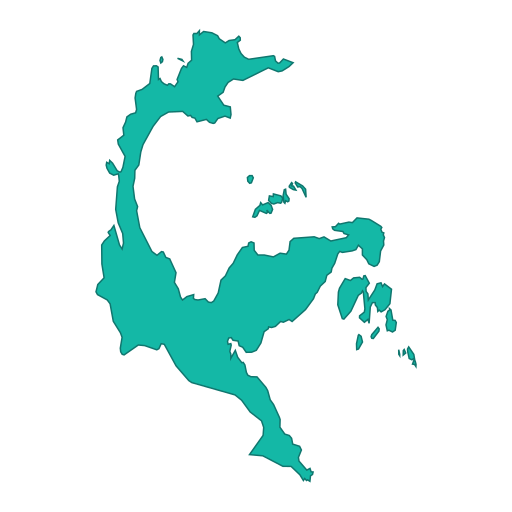 an SVG outline of Sulawesi Tengah
{"feature_id": "IDN-557", "entity_name": "Sulawesi Tengah", "entity_type": "Province", "adm_level": 1, "iso_a3": "IDN", "parent_name": "Indonesia", "parent_adm1": "", "projection": "equal_earth", "projection_center": [121.786, -0.946], "detail": "fine", "context": "isolated", "style": "filled", "palette": "teal", "viewbox_px": 512, "rotation_deg": 0, "n_neighbors": 0, "source": "natural_earth", "source_scale": "10m", "svg_char_len": 6071}
<svg xmlns="http://www.w3.org/2000/svg" viewBox="0 0 512 512"><path d="M230.2,118.1L225.0,116.1L217.9,118.5L214.7,123.0L213.2,123.4L209.5,122.3L206.4,119.4L197.0,121.8L194.9,118.1L192.1,117.4L190.6,115.4L187.9,116.0L182.7,111.4L168.6,112.0L160.6,116.5L153.1,126.3L143.0,144.6L140.8,151.9L138.8,165.0L134.9,170.3L134.7,178.3L133.0,186.3L134.6,199.0L137.6,206.6L136.6,210.7L139.8,227.7L151.9,251.5L157.0,255.3L161.5,251.6L163.3,252.0L165.8,257.4L169.7,258.9L176.0,272.7L174.4,282.4L178.3,288.8L180.5,297.0L182.5,300.0L186.9,296.6L193.7,294.6L193.4,298.3L194.7,299.5L198.0,300.0L205.1,298.7L208.4,302.1L211.3,302.6L213.7,301.1L218.2,293.0L221.0,280.1L225.4,275.9L229.2,267.9L233.2,263.3L237.3,254.8L242.4,247.5L248.0,246.3L248.7,243.0L251.1,241.8L254.0,243.0L254.2,250.3L257.9,255.0L264.2,255.0L273.4,256.9L280.1,253.2L286.4,254.1L289.0,250.2L290.1,241.6L293.8,238.3L314.2,236.8L319.2,238.6L324.0,236.9L330.8,241.0L346.3,237.7L348.6,234.9L344.0,233.5L342.9,231.5L334.5,230.3L332.7,228.8L332.2,226.9L335.4,226.7L338.6,223.3L339.7,224.1L348.9,222.1L352.4,222.6L357.0,217.9L368.9,219.2L371.4,220.5L380.8,226.3L381.8,227.5L380.8,229.2L382.0,232.2L383.8,232.9L383.3,234.9L384.5,237.6L383.5,241.0L383.8,245.0L380.6,251.0L379.3,261.7L377.1,265.2L374.1,266.4L368.8,263.8L366.8,259.7L362.4,255.0L362.4,248.9L358.4,245.2L355.9,249.6L352.1,250.9L342.4,252.4L339.7,251.4L337.8,253.9L334.7,263.3L331.9,268.2L331.2,272.0L326.8,275.3L325.2,281.5L320.3,286.1L317.2,292.3L315.3,294.0L313.5,298.7L305.5,309.6L292.1,321.5L289.1,319.5L283.4,322.2L280.6,321.5L275.4,326.4L271.6,327.5L268.6,326.9L268.3,328.7L264.1,331.7L260.9,343.0L256.3,350.3L251.7,352.2L246.2,352.3L242.7,347.2L239.2,345.7L238.1,341.0L233.0,340.3L231.3,337.6L228.7,338.0L227.5,341.3L228.1,344.3L230.8,343.6L231.2,345.1L229.8,351.4L230.8,354.0L230.8,358.4L235.3,350.4L237.7,357.3L241.8,362.7L243.2,362.4L244.9,365.0L246.4,372.4L247.8,375.2L250.9,376.7L257.0,376.9L265.9,387.4L267.7,390.7L270.2,399.8L273.6,404.6L279.4,417.4L280.1,419.5L279.9,427.2L284.8,434.1L289.3,435.5L291.6,438.3L292.7,444.1L299.6,446.3L301.4,450.0L298.4,457.4L299.0,461.1L306.8,470.1L310.0,468.4L311.1,471.8L313.1,472.0L312.5,474.5L310.5,475.8L309.9,481.3L307.5,479.8L306.5,480.5L304.7,478.5L303.4,480.5L299.9,474.8L291.1,466.4L282.9,466.3L262.8,455.8L249.5,454.6L263.1,435.4L263.7,427.4L261.5,420.8L250.2,412.0L241.6,400.2L235.0,394.9L191.8,382.6L188.8,380.6L176.1,365.9L164.3,344.3L161.2,343.7L158.9,348.7L156.8,349.8L144.7,345.6L138.3,345.0L124.1,354.9L122.2,354.3L120.7,351.8L120.3,348.2L122.1,337.3L120.4,332.7L113.3,321.3L110.1,303.8L107.2,299.9L97.5,294.6L96.0,291.8L97.8,284.5L104.1,277.8L101.9,264.0L101.7,245.0L104.4,240.9L110.2,235.5L108.2,232.5L108.5,231.6L110.9,229.9L113.9,225.5L119.5,245.0L122.1,249.0L123.5,243.1L122.7,233.5L118.2,222.8L115.7,209.4L117.4,186.8L119.3,181.3L118.7,175.5L118.2,173.8L113.7,175.2L109.7,173.1L107.0,168.3L106.2,165.1L106.7,162.3L109.2,163.7L109.7,160.4L112.6,163.2L117.2,170.8L119.9,172.2L121.1,171.6L122.9,167.4L125.1,156.4L118.3,144.1L117.7,139.9L123.8,135.2L123.0,127.7L125.6,122.1L126.9,116.9L130.7,114.2L135.6,112.8L136.6,109.5L135.1,98.0L135.8,93.4L136.6,91.4L142.1,89.4L149.8,83.5L151.9,68.4L153.5,65.9L156.5,65.8L158.1,67.0L158.5,79.5L160.0,78.5L161.4,81.6L164.0,83.8L167.4,85.3L168.8,83.8L170.5,83.9L174.6,86.7L178.0,81.8L177.1,79.5L181.5,68.4L183.5,65.8L186.7,67.4L188.1,63.3L191.6,60.2L191.4,51.4L193.5,44.4L193.0,35.0L193.9,33.5L196.9,33.5L199.4,30.7L199.4,34.9L203.6,31.5L211.9,32.8L217.6,35.7L219.3,38.8L225.3,42.9L229.1,40.5L235.0,39.7L238.8,36.2L240.2,37.7L240.3,40.2L237.3,42.5L238.8,49.0L241.0,53.5L244.4,57.2L248.7,59.3L273.4,55.7L274.6,56.4L275.5,60.9L278.0,63.2L279.6,63.0L283.4,59.0L293.1,62.7L289.0,66.6L282.1,70.9L278.2,71.7L268.3,67.8L242.9,80.4L233.5,79.0L228.1,82.4L225.0,87.0L223.1,92.3L217.7,96.1L223.8,105.2L230.3,106.9L231.0,114.6L230.2,118.1ZM384.5,283.9L391.5,289.2L389.9,303.7L385.0,309.7L381.1,311.9L379.2,310.1L377.8,311.4L377.4,307.6L375.3,304.9L375.2,302.6L372.4,302.6L370.3,307.0L369.1,323.3L367.9,319.4L364.4,322.3L359.5,317.8L359.6,315.8L364.3,312.1L364.9,308.9L363.3,291.9L362.5,290.8L361.4,293.1L358.3,295.3L350.9,311.2L343.9,319.1L342.3,318.6L337.8,304.8L338.4,292.1L339.5,288.2L345.2,278.6L350.4,280.5L353.6,277.9L359.6,277.3L362.1,279.3L363.0,278.9L363.8,275.9L365.2,275.6L369.3,283.2L365.9,287.6L366.1,291.4L367.9,293.9L368.3,300.0L374.8,290.0L377.1,283.8L381.0,282.8L382.6,286.6L384.5,283.9ZM395.1,320.4L396.3,322.5L395.2,330.2L392.5,332.0L388.9,330.2L387.3,330.8L386.0,324.9L387.3,319.6L386.1,316.5L387.9,311.2L389.6,310.1L389.5,308.6L391.0,310.0L392.8,320.2L395.1,320.4ZM268.1,202.6L271.1,205.3L272.6,209.4L271.1,213.1L269.9,213.4L266.7,210.1L267.6,212.4L266.4,213.4L259.5,210.4L257.0,215.8L254.9,217.3L252.7,216.8L255.4,209.3L259.9,205.4L260.7,202.6L262.6,204.9L268.1,202.6ZM280.9,195.9L282.7,198.1L281.8,201.9L280.7,203.2L277.6,202.6L273.8,204.0L271.4,203.3L268.6,200.4L269.4,195.9L273.2,196.6L273.4,193.9L280.9,195.9ZM361.1,336.3L362.5,342.0L358.5,349.0L356.7,349.6L356.5,343.7L358.3,335.3L358.9,334.6L361.1,336.3ZM413.8,354.4L414.6,359.1L413.7,358.5L411.9,359.8L409.2,358.5L407.7,351.7L407.5,349.1L408.7,346.9L413.8,354.4ZM288.9,201.0L287.7,201.8L285.6,200.7L284.9,203.3L283.9,202.3L283.1,195.6L284.3,189.7L285.6,189.2L286.1,194.2L289.1,198.7L288.9,201.0ZM378.0,327.3L379.2,328.9L378.9,331.2L373.3,338.5L371.8,338.3L371.1,336.7L371.8,334.6L378.0,327.3ZM305.6,189.2L306.1,197.3L302.1,188.6L300.1,186.6L297.7,187.0L295.2,182.9L295.6,181.8L302.6,185.9L305.6,189.2ZM247.8,181.2L247.4,177.5L249.5,175.6L252.1,175.6L253.3,177.8L251.4,182.8L249.7,183.3L247.8,181.2ZM293.5,186.1L295.9,190.1L293.3,189.6L289.4,187.3L289.2,186.2L291.6,182.6L292.5,183.5L291.6,185.9L293.5,186.1ZM160.8,57.5L161.8,56.9L162.9,59.4L162.4,61.7L160.8,63.0L160.0,60.5L160.8,57.5ZM415.2,361.1L416.0,364.3L415.9,366.5L414.6,364.5L412.5,364.1L413.9,360.3L415.2,361.1ZM404.2,349.5L405.7,353.0L403.2,355.1L403.3,350.6L404.2,349.5ZM177.5,58.3L181.9,59.4L183.0,61.0L177.5,58.3ZM398.7,349.7L399.7,354.3L399.7,355.7L398.8,354.3L398.7,349.7Z" fill="#14b8a6" stroke="#0f766e" stroke-width="1.5"/></svg>